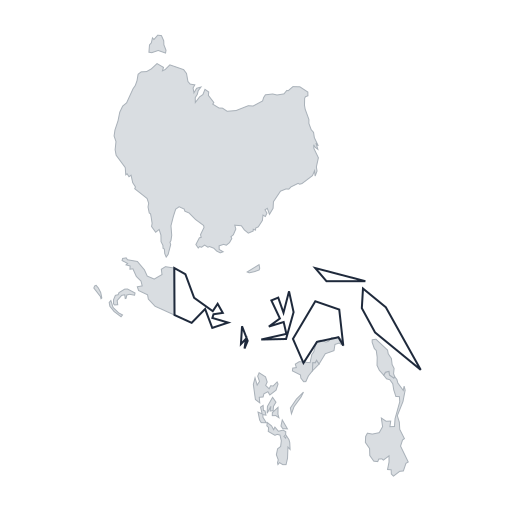 map of Indonesia with Papua New Guinea, East Timor, Thailand and 4 others greyed out, rotated 179°
{"feature_id": "IDN", "entity_name": "Indonesia", "entity_type": "country or territory", "adm_level": 0, "iso_a3": "IDN", "parent_name": "Asia", "parent_adm1": "", "projection": "equal_earth", "projection_center": [119.503, -2.501], "detail": "coarse", "context": "with_neighbors", "style": "outline", "palette": "slate", "viewbox_px": 512, "rotation_deg": 179, "n_neighbors": 7, "source": "natural_earth", "source_scale": "50m", "svg_char_len": 6703}
<svg xmlns="http://www.w3.org/2000/svg" viewBox="0 0 512 512"><g transform="rotate(179 256 256)"><path d="M338.6,198.4L357.8,207.5L364.4,214.8L365.1,219.1L374.0,223.5L375.2,227.3L370.3,228.1L371.4,232.9L376.0,237.6L379.3,245.3L382.3,245.0L382.0,248.2L386.1,249.4L384.5,250.8L390.0,253.8L389.4,255.9L385.8,256.4L384.6,254.5L374.7,252.6L367.8,244.1L365.1,237.8L358.2,234.7L350.3,239.1L350.9,244.4L346.7,246.9L338.2,245.4L338.6,198.4ZM398.9,203.0L403.0,208.3L403.6,212.1L401.9,214.0L399.8,207.0L394.3,201.5L390.5,199.4L392.0,197.6L398.9,203.0ZM393.6,221.8L387.8,225.2L385.0,225.2L377.6,221.1L378.1,218.9L382.9,219.9L385.8,219.3L386.7,215.9L387.5,215.7L387.9,219.5L391.0,219.0L395.6,213.9L395.1,209.7L398.3,209.5L399.3,210.7L399.2,214.7L397.3,219.1L394.5,219.7L393.6,221.8ZM412.2,218.1L418.7,226.8L417.9,228.8L416.4,229.5L414.2,226.8L411.9,222.2L410.9,216.7L411.7,216.0L412.2,218.1Z" fill="#d9dde1" stroke="#a8b0b8" stroke-width="1"/><path d="M252.5,243.7L253.1,242.0L257.7,240.4L263.1,239.3L265.1,240.2L253.1,247.3L252.5,243.7Z" fill="#d9dde1" stroke="#a8b0b8" stroke-width="1"/><path d="M147.7,76.9L142.8,75.9L135.9,77.2L132.4,83.1L133.5,91.8L128.8,88.5L124.2,88.6L125.1,83.0L120.5,83.1L119.8,90.9L114.8,107.7L115.1,112.9L118.6,113.1L120.6,119.7L121.5,125.9L124.4,130.0L127.6,130.9L130.4,134.6L128.6,137.6L125.0,138.4L124.6,134.7L120.3,131.6L119.4,132.8L117.3,130.1L116.4,126.5L111.1,119.0L110.2,123.3L109.2,119.3L111.6,107.9L117.5,93.9L115.6,87.3L115.3,80.1L110.8,70.8L112.7,69.5L114.8,63.4L107.4,47.4L109.7,46.1L112.4,38.5L116.1,38.2L122.4,33.5L124.5,35.7L124.6,39.9L128.2,40.2L126.6,47.6L126.5,53.9L132.2,49.7L133.7,51.0L136.8,50.8L137.9,48.3L141.8,48.8L145.7,54.5L145.8,61.5L149.9,67.7L149.5,73.7L147.7,76.9Z" fill="#d9dde1" stroke="#a8b0b8" stroke-width="1"/><path d="M356.7,461.1L359.5,461.6L358.8,468.9L356.9,471.0L355.7,475.9L354.3,474.2L350.4,478.5L346.7,478.0L344.5,472.8L344.4,468.7L342.4,463.3L342.9,460.5L350.2,463.2L356.7,461.1ZM256.3,406.0L246.7,410.9L245.6,414.3L243.8,417.0L236.5,417.7L232.2,416.6L225.2,417.6L222.3,421.0L220.9,420.7L216.1,424.7L209.2,424.4L201.3,419.0L201.3,415.3L203.8,414.4L204.6,412.9L204.9,405.9L204.3,402.0L200.7,391.5L200.8,387.6L198.6,381.3L196.3,378.6L195.6,373.3L191.8,365.0L194.1,367.9L192.3,361.6L194.9,363.6L196.4,366.2L196.3,362.7L191.9,353.1L194.1,344.0L193.5,339.9L195.5,334.9L196.0,340.2L198.1,335.4L208.8,327.6L211.1,327.0L212.6,327.9L219.8,324.5L222.0,322.3L224.9,322.5L230.4,320.4L237.6,310.0L238.1,303.4L241.8,297.4L243.9,303.5L246.2,302.0L244.3,298.7L246.0,295.3L248.3,296.8L249.0,291.4L253.2,285.1L255.9,283.9L256.0,281.9L258.3,282.8L258.4,281.0L263.3,279.0L267.2,282.3L270.1,286.5L276.7,287.2L275.7,283.3L278.3,277.6L280.7,275.7L279.9,273.9L282.3,269.8L285.5,267.3L288.2,268.2L292.7,266.8L292.7,263.2L288.8,260.8L291.7,259.8L295.2,261.6L298.0,264.5L302.4,266.3L303.9,265.6L307.2,267.8L310.3,265.7L312.3,266.4L313.6,265.0L315.9,268.5L312.3,275.2L310.5,275.5L311.1,278.3L307.5,285.4L307.8,287.4L315.9,293.6L322.2,300.2L326.3,302.0L327.0,304.2L332.0,306.6L335.5,304.2L337.9,297.2L340.5,287.7L339.9,278.1L340.8,272.8L341.8,271.3L341.1,268.9L343.8,259.2L345.8,256.5L347.2,260.0L347.5,264.5L348.8,265.3L348.9,268.3L350.7,272.0L350.7,278.6L352.4,284.2L355.9,281.5L359.9,287.3L359.3,290.4L360.1,296.5L360.7,300.0L362.0,300.9L363.1,306.9L362.4,310.6L363.9,315.4L376.1,325.4L375.3,327.1L378.0,331.5L379.5,339.0L381.6,337.5L383.5,340.5L384.8,339.4L385.2,346.7L394.1,359.2L395.0,364.7L394.0,372.8L395.8,378.5L394.8,384.5L391.6,393.6L389.7,402.2L386.7,408.2L382.7,411.4L376.0,425.4L373.7,428.6L371.9,433.4L370.7,439.8L367.6,442.1L362.2,442.3L357.4,444.9L351.6,450.1L345.2,446.2L346.3,442.8L343.6,444.0L338.8,448.6L325.1,443.6L322.3,439.7L321.0,431.6L318.8,429.0L314.2,428.2L316.0,425.1L315.2,420.2L312.5,424.7L308.1,425.9L310.9,422.3L311.9,418.6L314.0,415.4L314.0,410.5L309.6,416.1L306.3,418.3L304.1,423.5L300.4,420.8L300.8,417.4L295.5,410.2L296.6,408.6L290.4,404.6L286.9,404.4L282.3,401.2L273.3,401.8L261.1,406.4L256.3,406.0Z" fill="#d9dde1" stroke="#a8b0b8" stroke-width="1"/><path d="M232.6,91.6L227.6,82.6L232.2,82.9L234.0,85.5L232.6,91.6ZM238.6,109.5L241.1,105.5L241.6,101.1L244.6,100.7L243.7,105.5L247.6,98.6L247.2,105.4L241.9,114.4L238.6,109.5ZM259.1,112.5L260.9,127.6L259.1,134.2L257.1,126.9L254.7,130.5L256.4,135.8L254.9,139.2L248.6,135.0L247.0,129.8L248.6,126.4L245.2,123.0L243.6,126.0L241.1,125.7L237.1,129.7L236.2,127.6L238.3,121.5L244.6,116.8L246.5,120.1L250.5,118.1L251.4,114.9L255.2,114.7L254.8,109.1L259.1,112.5ZM218.0,112.3L210.9,119.1L213.5,114.1L220.6,104.7L223.3,97.6L224.3,103.4L218.0,112.3ZM238.1,48.9L237.3,51.8L239.1,56.9L237.8,62.8L234.7,65.1L233.9,70.8L235.1,76.5L237.9,77.3L240.2,76.4L246.8,80.4L246.4,84.3L248.1,86.0L247.6,89.3L243.4,85.8L241.4,82.0L240.1,84.6L236.7,80.4L231.9,81.4L229.3,79.8L229.5,76.9L231.2,75.1L229.6,73.4L228.9,76.0L226.3,71.9L225.5,68.8L225.3,62.0L227.4,64.4L228.0,53.3L229.6,46.9L232.8,46.9L236.1,49.0L237.7,47.1L238.1,48.9ZM236.8,97.3L235.9,93.9L239.1,96.1L242.5,96.1L242.4,99.1L236.6,104.3L236.8,97.3ZM255.2,91.9L256.7,99.9L252.6,98.0L254.1,104.8L251.5,106.5L251.3,101.4L249.7,101.0L248.8,96.7L251.9,97.3L251.9,94.6L248.6,89.1L253.7,89.3L255.2,91.9Z" fill="#d9dde1" stroke="#a8b0b8" stroke-width="1"/><path d="M119.4,132.8L120.3,131.6L124.6,134.7L125.0,138.4L128.6,137.6L130.4,134.6L134.7,139.6L136.9,144.5L136.6,152.6L137.4,159.4L139.3,161.4L141.4,167.8L141.3,170.2L137.5,170.7L126.1,159.6L125.5,155.9L122.4,151.1L121.8,145.1L119.9,141.2L120.5,135.9L119.4,132.8ZM214.6,149.6L203.8,148.4L201.9,156.6L199.9,159.2L197.1,169.2L192.7,170.7L187.6,168.7L185.1,169.4L181.9,173.0L178.5,172.5L175.0,174.0L171.4,169.9L170.5,165.0L174.4,167.5L178.6,166.2L179.7,160.0L188.4,157.1L194.9,146.8L197.3,150.6L198.5,148.1L201.0,148.3L201.6,140.2L205.7,135.2L208.4,129.5L210.6,129.5L213.3,133.2L213.6,136.3L221.6,140.5L221.2,143.3L217.6,143.7L218.6,147.2L214.6,149.6Z" fill="#d9dde1" stroke="#a8b0b8" stroke-width="1"/><path d="M201.6,140.2L201.0,148.3L198.5,148.1L197.3,150.6L194.9,146.8L201.6,140.2Z" fill="#d9dde1" stroke="#a8b0b8" stroke-width="1"/><path d="M170.3,164.9L175.0,173.3L196.5,169.1L210.4,148.2L220.5,172.5L197.5,209.7L173.7,201.0L170.3,164.9ZM93.3,139.3L138.3,177.5L151.1,202.0L149.6,221.6L127.1,202.5L93.3,139.3ZM338.5,198.4L337.9,245.4L326.9,239.0L318.6,215.3L300.2,201.6L295.2,208.9L290.2,199.7L299.5,198.5L300.7,194.8L285.0,189.9L301.0,184.9L307.8,203.9L321.5,190.3L338.5,198.4ZM252.2,172.4L227.0,177.6L229.5,189.5L244.4,185.2L233.2,193.1L241.4,211.3L234.5,214.0L229.5,198.8L223.6,220.1L219.4,199.2L227.4,172.5L252.2,172.4ZM147.1,228.9L186.0,229.6L197.0,242.9L147.1,228.9ZM267.5,173.4L272.6,168.2L271.2,186.0L265.8,171.3L269.1,163.7L267.5,173.4Z" fill="none" stroke="#1e293b" stroke-width="2"/></g></svg>